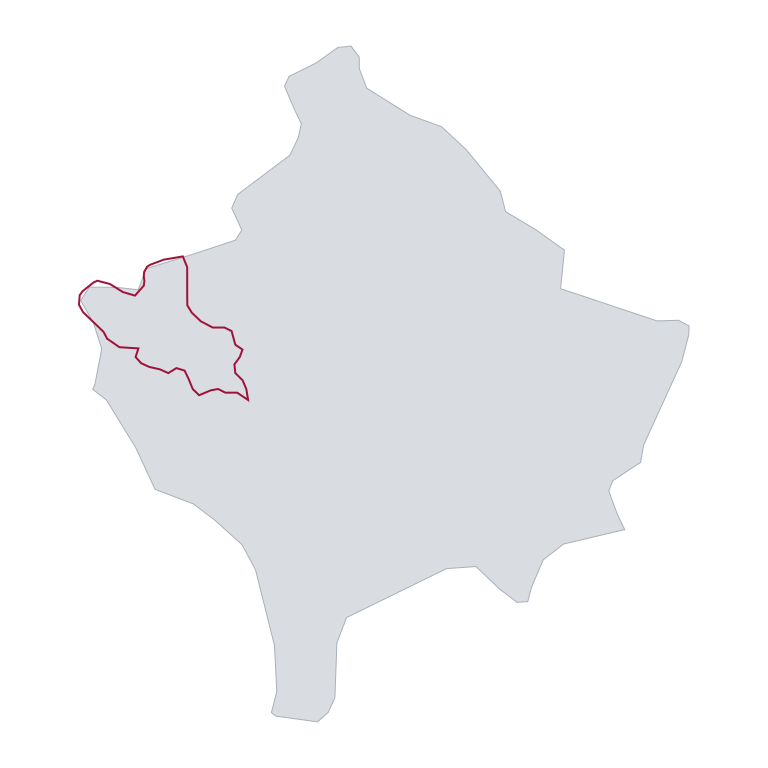 where Peć sits in Kosovo
{"feature_id": "KOS-5886", "entity_name": "Peć", "entity_type": "District", "adm_level": 1, "iso_a3": "XKX", "parent_name": "Kosovo", "parent_adm1": "", "projection": "orthographic", "projection_center": [20.272, 42.674], "detail": "fine", "context": "in_parent", "style": "outline", "palette": "rose", "viewbox_px": 768, "rotation_deg": 0, "n_neighbors": 0, "source": "natural_earth", "source_scale": "10m", "svg_char_len": 1703}
<svg xmlns="http://www.w3.org/2000/svg" viewBox="0 0 768 768"><path d="M191.7,254.6L235.5,240.1L241.8,230.0L231.8,208.2L237.6,194.5L289.8,155.3L298.3,137.6L301.4,123.8L294.3,109.1L284.5,86.1L289.1,76.4L316.2,62.9L338.0,47.4L351.0,46.1L359.2,57.1L359.3,68.6L366.7,88.1L383.0,98.4L410.0,115.3L441.5,126.7L466.3,149.8L500.3,191.2L505.6,211.7L536.1,229.9L564.4,250.2L560.6,288.7L657.0,320.9L678.6,320.3L689.0,325.9L688.8,334.7L681.7,361.8L643.6,445.1L640.6,462.3L612.6,480.8L608.8,491.2L617.2,513.9L624.8,529.8L624.3,529.7L563.6,544.0L543.2,559.9L531.4,587.5L527.7,601.7L516.9,602.3L498.8,588.4L476.0,566.5L446.5,568.6L346.6,617.5L336.9,642.8L334.9,697.6L328.2,712.4L317.5,721.9L275.8,716.1L271.4,712.6L276.8,691.6L274.5,645.6L255.5,569.7L242.1,544.8L214.7,520.1L193.3,503.9L155.1,489.4L135.7,447.6L106.6,400.2L92.7,389.3L94.9,384.6L101.7,348.8L93.4,322.8L80.7,300.5L89.5,287.1L116.2,287.3L138.2,289.8L146.2,268.6L191.7,254.6Z" fill="#d9dde1" stroke="#a8b0b8" stroke-width="1"/><path d="M135.0,295.6L143.8,285.6L144.4,281.0L143.8,276.6L144.1,272.0L147.1,266.7L150.1,264.8L163.6,259.7L182.8,256.4L187.2,267.2L187.2,279.5L187.2,293.0L187.3,305.3L191.8,312.7L200.8,321.3L212.6,327.5L224.4,327.5L231.6,331.1L235.3,344.7L242.5,349.6L239.8,357.0L234.4,364.4L235.3,373.0L242.6,380.3L246.3,389.0L248.1,400.0L237.2,392.7L225.4,392.7L218.1,389.0L210.9,390.3L199.1,395.2L192.8,389.1L188.2,378.0L184.6,370.6L176.4,368.1L168.3,373.1L160.1,369.4L149.2,366.9L141.1,363.2L135.6,357.0L138.4,348.4L119.4,347.2L106.9,338.5L106.2,336.8L103.5,331.8L83.3,312.4L83.0,312.1L79.0,304.7L79.7,295.2L82.6,291.2L90.0,285.3L93.3,282.6L97.3,280.7L109.9,284.0L123.0,292.1L135.0,295.6Z" fill="none" stroke="#9f1239" stroke-width="2"/></svg>